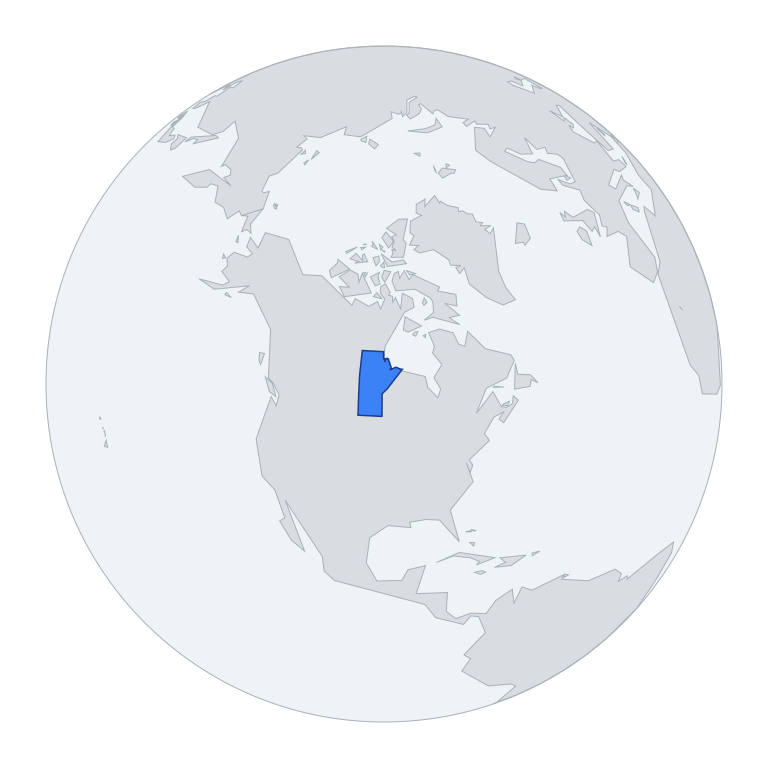 the Earth from above Manitoba
{"feature_id": "CAN-630", "entity_name": "Manitoba", "entity_type": "Province", "adm_level": 1, "iso_a3": "CAN", "parent_name": "Canada", "parent_adm1": "", "projection": "orthographic", "projection_center": [-94.63, 54.496], "detail": "fine", "context": "on_globe", "style": "filled", "palette": "blue", "viewbox_px": 768, "rotation_deg": 0, "n_neighbors": 0, "source": "natural_earth", "source_scale": "10m", "svg_char_len": 13334}
<svg xmlns="http://www.w3.org/2000/svg" viewBox="0 0 768 768"><circle cx="384" cy="384" r="338" fill="#eef3f6" stroke="#a8b0b8"/><path d="M493.4,703.7L496.3,702.7L515.7,686.0L510.9,684.0L488.4,685.9L461.7,671.1L470.6,658.7L464.0,654.8L485.4,632.6L478.7,616.7L470.8,615.9L463.6,624.4L435.9,617.8L424.9,604.5L334.5,580.5L324.1,571.0L322.4,556.7L285.1,500.1L304.6,551.2L291.4,540.1L279.6,520.9L284.8,517.9L274.8,489.8L262.1,476.1L256.1,439.1L271.2,396.5L276.2,405.7L279.2,394.9L273.1,383.0L268.4,377.9L270.6,329.5L253.6,294.1L238.6,292.1L249.4,285.8L214.4,289.2L199.0,278.8L222.4,285.1L229.4,281.7L221.9,271.5L227.4,265.9L227.0,257.9L234.3,252.3L247.4,257.1L252.4,253.8L246.7,246.9L250.5,237.4L258.0,248.0L265.4,232.7L288.7,239.4L302.8,274.7L321.7,275.7L352.0,305.4L355.2,298.6L368.7,306.4L377.5,301.6L380.6,309.1L384.8,299.0L380.3,293.1L380.7,286.9L385.4,283.7L390.2,292.5L388.5,295.3L392.4,296.3L392.8,302.1L395.3,297.5L400.6,308.8L402.4,293.2L412.5,298.6L414.1,307.4L404.7,312.1L385.1,346.3L383.8,357.8L391.5,368.6L425.3,376.5L427.7,387.3L437.8,397.7L440.7,388.9L433.9,377.7L441.9,364.5L432.6,353.0L434.4,346.2L428.6,332.7L439.5,329.0L453.2,332.9L458.6,344.1L464.8,346.3L467.7,331.3L485.5,348.8L510.8,354.8L514.3,360.3L506.7,378.0L486.3,388.2L476.3,413.5L492.9,391.6L501.4,406.8L507.1,407.2L512.5,403.5L513.2,395.8L518.3,400.1L503.7,422.7L499.0,419.1L503.6,411.8L494.0,417.0L484.3,433.5L489.4,440.4L469.3,459.8L472.7,465.2L470.2,472.8L466.2,462.7L473.1,481.6L450.3,510.1L459.3,541.7L439.5,520.1L425.7,519.5L409.6,522.3L410.9,527.6L388.0,525.6L369.7,537.7L366.3,562.9L376.9,581.0L402.0,580.4L407.9,569.8L425.4,565.6L416.3,593.6L447.4,592.6L446.3,611.4L455.8,618.7L470.5,613.2L486.1,613.5L495.9,600.4L512.3,589.2L514.0,603.2L522.0,587.0L531.9,590.2L563.6,574.8L561.6,579.3L588.5,580.7L615.2,569.2L621.4,573.6L618.4,581.4L627.1,575.9L627.2,579.1L659.3,552.8L673.5,542.1L671.6,552.6L656.8,578.4L636.6,608.4L608.1,636.8L604.4,640.1L584.3,656.2L563.0,670.6L540.7,683.4L517.4,694.5L493.4,703.7ZM104.3,446.3L106.1,440.2L107.7,447.4L104.3,446.3ZM105.5,434.3L105.2,436.8L105.1,434.2L105.5,434.3ZM104.3,430.9L105.2,433.3L103.9,431.1L104.3,430.9ZM102.3,427.0L103.5,428.9L103.2,428.9L102.3,427.0ZM459.3,552.5L494.8,557.7L476.3,564.9L479.5,561.4L470.1,557.7L453.3,556.0L436.6,562.4L459.3,552.5ZM100.2,419.4L99.8,417.3L101.1,418.5L100.2,419.4ZM471.4,531.7L465.4,532.0L471.0,530.4L471.4,531.7ZM265.3,376.7L272.4,383.5L275.9,396.6L269.3,391.5L265.3,376.7ZM259.6,352.3L264.5,353.6L260.6,364.5L259.0,360.4L259.6,352.3ZM226.5,292.4L231.2,297.5L224.8,294.6L226.5,292.4ZM225.6,257.8L222.5,258.3L223.6,254.0L225.6,257.8ZM423.1,335.8L425.8,334.4L425.5,337.6L423.1,335.8ZM418.0,331.5L415.6,336.3L412.8,335.0L414.4,332.1L418.0,331.5ZM235.8,241.7L238.5,235.1L238.0,242.6L235.8,241.7ZM421.5,325.9L408.2,332.2L403.4,329.9L405.1,316.8L421.5,325.9ZM241.5,231.7L247.9,216.1L241.5,215.6L263.1,208.8L250.5,224.0L251.0,233.2L246.7,229.5L241.5,231.7ZM376.8,292.7L381.9,298.7L373.3,296.7L376.8,292.7ZM371.2,293.0L344.4,296.7L339.3,286.6L349.3,287.2L339.2,276.8L349.9,270.0L357.9,274.1L359.1,281.9L362.3,273.4L371.2,293.0ZM274.0,207.9L277.5,205.0L276.3,209.0L274.0,207.9ZM380.1,284.2L375.2,285.7L370.4,276.9L379.5,272.4L378.1,276.7L380.1,284.2ZM331.3,277.7L329.4,270.6L337.5,263.1L337.9,259.4L349.7,269.0L331.3,277.7ZM381.6,277.1L384.2,270.4L390.8,271.8L384.7,282.2L381.6,277.1ZM365.3,276.7L363.5,272.4L367.5,273.2L365.3,276.7ZM415.5,273.6L409.6,275.1L406.6,270.7L415.5,273.6ZM384.7,267.9L382.5,267.5L380.6,266.0L383.7,262.1L384.7,267.9ZM354.7,263.1L358.5,261.6L350.2,258.8L356.0,253.3L362.9,260.8L362.3,255.3L364.1,253.7L367.7,261.7L354.7,263.1ZM381.2,253.7L392.0,262.0L403.5,259.8L406.4,263.7L387.4,266.5L381.2,253.7ZM373.0,257.7L378.8,256.0L379.5,261.4L376.1,265.9L373.0,257.7ZM357.4,247.0L346.8,253.4L345.7,251.6L357.4,247.0ZM384.4,252.0L381.8,250.1L385.1,251.2L384.4,252.0ZM365.5,247.2L361.9,249.7L360.7,247.5L365.5,247.2ZM379.4,244.4L382.9,247.0L380.7,250.0L379.4,244.4ZM373.0,244.8L372.2,241.3L377.8,249.5L371.5,246.2L373.0,244.8ZM365.0,244.8L363.1,244.4L366.7,244.1L365.0,244.8ZM386.0,231.8L393.6,241.4L388.6,247.9L381.9,237.6L386.0,231.8ZM554.0,92.0L561.8,96.6L561.4,96.4L588.3,114.8L613.2,135.7L614.9,138.1L611.0,135.0L610.8,134.9L610.5,134.8L618.1,141.1L617.9,142.6L619.0,141.2L636.9,159.9L653.3,179.9L668.1,201.1L681.3,223.4L692.7,246.6L702.3,270.6L710.1,295.3L715.9,320.5L717.2,327.8L720.4,385.1L716.9,394.2L702.4,393.9L698.7,375.2L690.3,365.4L658.1,274.4L660.0,261.3L644.5,211.5L644.1,206.5L655.3,215.8L651.2,189.5L638.8,175.6L625.7,152.8L611.1,136.5L589.3,122.7L613.2,149.0L608.1,150.5L581.4,126.4L559.1,105.3L556.4,105.3L562.7,116.8L549.7,110.8L564.0,121.0L564.1,117.7L573.0,124.3L573.5,127.8L568.9,125.3L573.4,132.0L594.3,143.0L596.6,140.8L613.3,161.0L618.7,159.6L626.1,166.6L619.5,171.7L614.1,169.3L608.6,184.9L615.8,189.0L621.5,174.9L623.3,180.0L633.1,186.5L627.0,185.6L618.9,200.8L628.6,222.9L654.8,257.2L657.5,271.7L653.6,282.6L630.2,266.8L626.6,236.4L618.3,231.3L607.1,236.5L607.0,227.1L602.0,225.8L599.5,215.0L584.2,200.3L579.9,190.1L562.7,185.2L558.1,179.5L569.6,183.9L575.3,181.8L563.2,158.5L557.5,154.3L547.3,153.2L545.2,147.3L536.9,149.4L524.4,137.6L532.6,153.9L520.8,154.1L507.1,148.0L504.7,151.3L527.0,161.4L534.5,162.9L538.7,159.4L560.5,167.4L567.1,175.3L549.8,178.8L557.3,190.9L540.6,189.2L490.7,161.5L475.6,150.2L474.5,127.3L484.5,128.4L489.9,137.0L495.3,127.3L489.9,128.8L488.2,124.3L476.5,124.1L474.7,120.9L466.5,126.5L463.0,122.6L468.3,119.2L448.0,116.5L437.7,109.7L434.0,110.8L432.9,113.8L420.6,103.7L418.4,104.9L421.5,108.6L419.2,113.7L410.2,118.9L406.5,115.1L409.2,112.7L409.2,102.4L417.0,97.1L414.6,96.2L406.9,99.9L406.8,112.4L402.5,116.7L401.1,110.5L401.3,113.1L398.0,114.1L391.1,111.7L392.1,118.5L360.6,136.8L344.2,134.7L346.5,126.7L320.5,137.6L304.1,135.7L307.1,138.9L296.7,147.2L301.6,147.8L302.3,150.1L277.7,173.2L269.1,176.2L261.8,191.1L263.4,192.9L269.4,191.4L263.1,208.8L241.5,215.6L239.2,210.9L227.3,218.8L223.6,207.4L215.1,202.1L218.0,186.0L211.0,183.7L207.1,187.2L194.7,187.2L182.5,176.3L209.4,169.6L231.0,185.9L223.7,177.5L230.4,175.1L230.9,169.6L225.3,164.5L221.5,166.5L238.5,138.3L235.1,121.2L223.0,131.5L212.4,134.7L197.9,127.3L209.6,101.7L195.7,108.2L192.9,108.5L200.6,102.1L205.0,101.4L215.4,95.5L216.7,96.4L230.6,86.9L233.0,87.9L242.6,80.5L235.8,82.6L222.6,90.2L229.9,84.2L212.8,92.8L210.0,94.3L231.1,82.7L252.9,72.5L275.4,64.0L298.4,57.1L321.9,51.8L345.7,48.3L369.7,46.4L393.7,46.2L417.7,47.8L441.6,51.0L465.1,56.0L488.3,62.6L510.9,70.8L532.8,80.6L554.0,92.0ZM679.3,306.3L682.5,310.0L679.3,306.3ZM542.0,88.3L524.4,78.4L521.1,80.1L514.0,76.6L515.5,78.7L521.0,80.3L522.9,85.7L511.2,81.0L507.6,81.8L513.3,85.3L534.4,93.3L531.8,85.2L540.7,88.7L542.0,88.3ZM564.6,574.1L568.6,574.9L563.6,577.6L564.6,574.1ZM474.6,572.2L481.7,570.7L485.7,572.1L480.4,574.4L474.6,572.2ZM532.1,553.0L539.8,551.1L532.2,555.8L532.1,553.0ZM500.1,557.9L526.0,555.1L511.0,565.6L494.6,567.3L505.5,562.3L500.1,557.9ZM469.8,542.6L474.5,542.7L473.7,546.1L469.8,542.6ZM475.5,530.6L473.9,531.3L471.2,529.3L475.5,530.6ZM502.2,405.4L503.6,403.8L509.5,401.4L507.6,405.5L502.2,405.4ZM530.4,374.8L537.9,382.6L531.2,379.6L530.1,386.4L514.6,389.1L515.3,363.3L517.8,374.3L530.4,374.8ZM494.2,386.3L503.9,387.0L493.3,387.3L494.2,386.3ZM576.9,231.1L579.9,227.0L586.6,231.0L592.0,245.6L582.4,239.8L576.9,231.1ZM582.6,220.5L563.9,220.9L559.8,212.4L565.3,217.0L564.4,211.3L573.0,217.3L587.4,209.5L594.1,212.6L600.4,236.8L594.7,226.9L592.1,231.3L582.6,220.5ZM523.5,242.1L515.4,243.5L517.0,222.9L524.4,224.0L530.3,238.1L525.0,245.3L523.5,242.1ZM427.1,302.3L423.9,305.2L422.5,302.7L424.2,298.1L427.1,302.3ZM413.0,274.7L439.7,287.1L437.4,291.0L455.9,294.4L456.9,306.1L444.9,303.4L459.6,315.3L449.2,317.5L459.8,324.6L432.9,317.3L424.2,320.3L433.6,312.4L432.8,301.5L429.9,297.7L415.0,289.3L395.7,290.8L392.0,280.8L394.4,273.3L398.4,271.4L399.6,278.4L404.2,270.8L409.0,279.5L413.0,274.7ZM425.1,199.1L424.8,206.7L434.7,195.5L439.6,203.1L440.4,201.3L447.6,205.5L457.9,207.6L458.7,211.7L462.3,210.8L467.2,213.8L472.5,214.0L475.8,221.7L482.5,222.7L480.3,225.8L490.9,225.6L484.5,229.2L490.2,233.8L493.4,227.9L498.7,271.3L505.9,287.7L515.4,299.7L503.1,305.0L486.4,297.6L469.4,284.0L464.2,267.9L459.6,273.5L455.8,267.6L461.0,265.6L450.6,265.2L448.9,259.9L433.7,249.6L419.8,253.0L414.0,249.6L418.5,245.6L409.5,245.1L414.1,235.4L410.0,232.9L410.4,221.1L421.6,215.4L416.2,213.1L416.2,204.4L425.1,199.1ZM386.5,228.4L398.8,219.2L407.5,219.0L403.1,239.7L406.1,243.3L403.6,257.2L391.1,257.3L393.0,253.3L391.9,249.4L396.2,250.9L391.9,246.9L394.3,241.3L391.7,236.7L396.4,234.9L386.5,228.4ZM637.9,198.8L636.6,194.8L633.2,188.1L639.3,192.4L637.9,198.8ZM632.9,209.4L630.8,205.2L637.8,207.4L639.2,211.9L632.9,209.4ZM623.7,201.4L630.2,204.8L627.5,205.6L623.7,201.4ZM567.1,180.3L564.2,176.2L566.2,175.8L570.6,178.0L567.1,180.3ZM455.6,169.7L454.1,173.5L451.7,172.9L442.6,178.1L438.3,173.2L442.1,168.1L455.6,169.7ZM596.7,128.3L604.4,134.4L605.1,136.1L602.3,133.6L596.7,128.3ZM625.5,163.5L621.8,156.1L627.2,164.7L625.5,163.5ZM449.4,165.2L446.1,167.8L446.0,163.8L449.4,165.2ZM434.6,169.9L433.5,165.5L436.7,173.2L434.6,169.9ZM407.8,130.9L425.3,128.7L435.1,124.8L436.1,118.4L442.2,126.9L427.2,132.9L407.8,130.9ZM366.8,136.3L366.0,142.4L361.4,141.0L360.9,139.3L366.8,136.3ZM369.9,139.1L378.3,144.6L374.6,148.9L368.7,143.7L369.9,139.1ZM414.4,153.4L419.9,153.0L419.9,156.2L414.4,153.4ZM173.9,122.0L177.4,120.3L172.1,125.3L171.1,125.0L173.9,122.0ZM158.0,141.6L171.8,126.1L183.5,114.8L178.3,118.5L178.1,117.1L187.7,111.0L181.8,118.1L172.4,127.0L174.1,128.4L169.1,135.7L175.0,135.1L173.8,138.8L165.5,142.4L158.0,141.6ZM178.0,134.5L186.5,137.9L175.0,148.3L170.5,149.9L171.5,143.8L177.5,138.6L178.0,134.5ZM185.1,141.9L191.0,137.1L216.0,135.5L218.4,137.9L193.3,143.7L197.6,139.6L193.5,138.5L185.1,141.9ZM274.7,203.5L277.2,204.9L273.4,205.9L274.7,203.5ZM305.3,150.2L305.5,153.5L301.0,154.3L305.3,150.2ZM303.7,163.1L308.6,159.9L304.9,164.8L303.7,163.1ZM319.2,152.6L311.2,159.4L316.6,150.7L319.2,152.6Z" fill="#d9dde1" stroke="#a8b0b8" stroke-width="1"/><path d="M381.9,416.4L358.0,415.2L358.0,414.1L358.1,412.8L358.2,409.1L358.2,407.8L358.3,406.5L358.3,405.3L358.4,401.5L358.5,400.2L358.5,399.0L358.6,396.4L358.7,395.2L358.7,393.9L358.8,391.4L358.9,390.1L359.0,387.6L359.1,386.3L359.2,383.8L359.3,382.5L359.4,380.0L359.4,378.7L359.6,376.2L359.6,374.9L359.9,372.8L360.1,370.7L360.3,368.5L360.6,366.4L362.0,353.1L362.2,351.8L362.2,351.1L362.3,350.5L382.2,351.6L383.5,351.6L383.4,351.8L383.5,351.9L383.5,352.0L383.5,352.3L383.6,352.5L383.6,352.8L383.5,353.0L383.5,353.5L383.4,353.6L383.5,353.8L383.5,354.0L383.5,354.3L383.6,354.5L383.7,354.8L383.7,355.1L383.7,355.3L383.7,355.5L383.8,355.4L383.8,355.5L383.7,355.5L383.6,355.8L383.6,356.0L383.5,356.3L383.6,356.5L383.5,356.9L383.4,357.0L383.2,357.0L382.9,357.2L383.0,357.1L383.4,357.1L383.5,357.1L383.5,357.3L383.8,357.6L383.8,357.8L383.8,358.0L383.7,358.1L383.7,358.3L383.8,358.2L384.1,358.2L384.3,358.3L384.4,358.5L384.5,358.7L384.5,359.0L384.8,359.1L385.0,359.0L385.0,358.9L385.1,358.7L385.3,358.6L385.2,358.7L385.2,358.8L385.2,359.0L385.3,359.2L385.3,359.3L385.2,359.5L385.0,359.8L385.0,360.0L385.1,360.3L385.0,360.5L385.1,360.8L384.9,361.0L384.9,361.3L384.9,361.5L384.8,361.9L384.8,362.0L384.9,361.8L385.0,361.6L385.1,361.3L385.1,361.2L385.2,360.9L385.2,360.7L385.2,360.3L385.2,360.2L385.2,359.9L385.2,359.7L385.4,359.5L385.4,359.3L385.4,359.2L385.5,359.0L385.5,358.9L385.4,358.8L385.5,358.8L385.8,358.8L386.3,358.9L386.5,358.7L386.5,358.8L386.7,358.7L386.8,358.7L387.2,358.8L387.3,358.8L387.5,358.8L387.5,359.0L387.8,359.2L387.9,358.9L388.0,358.8L388.3,358.8L388.5,358.9L388.5,359.0L388.6,359.3L388.6,359.5L388.6,359.8L388.6,360.0L388.6,360.3L388.7,360.5L388.9,360.8L388.9,361.0L389.0,361.2L389.1,361.4L389.1,361.5L389.2,361.8L389.3,361.9L389.3,362.0L389.5,362.2L389.5,362.3L389.5,362.5L389.6,362.8L389.7,363.0L389.7,363.3L389.8,363.8L389.9,364.1L389.9,364.3L390.0,364.3L390.0,364.5L390.2,364.9L390.4,365.2L390.4,365.3L390.5,365.7L390.5,365.9L390.6,366.0L390.8,366.2L390.8,366.3L390.9,366.5L391.0,366.8L391.0,367.0L391.0,367.4L391.0,367.6L390.9,367.8L390.7,368.5L390.5,368.9L390.3,369.1L390.2,369.3L390.1,369.5L389.8,369.6L389.6,369.7L390.1,369.6L390.3,369.5L390.7,369.0L390.9,368.9L391.5,368.7L391.7,368.8L391.4,369.2L391.3,369.3L391.1,369.3L390.9,369.5L391.1,369.4L391.4,369.4L391.7,369.0L392.1,368.8L392.6,368.7L393.2,368.4L394.1,368.0L394.9,367.6L395.5,367.4L396.0,367.4L396.6,367.5L396.8,367.5L397.1,367.7L397.4,367.7L397.5,367.7L397.6,367.8L397.8,368.0L398.0,368.1L398.3,368.2L398.3,368.3L398.6,368.4L398.9,368.7L399.0,368.7L399.3,368.7L399.4,368.9L400.2,369.0L400.4,369.1L400.5,369.1L400.8,369.0L401.1,369.2L401.3,369.2L401.5,369.3L401.8,369.3L402.0,369.5L402.1,369.4L402.3,369.4L401.5,370.4L400.7,371.4L400.0,372.4L399.2,373.4L398.2,374.7L397.1,376.1L396.0,377.5L394.9,378.9L393.9,380.2L392.9,381.4L392.0,382.7L391.0,384.0L390.4,384.7L389.8,385.4L389.3,386.2L388.7,386.9L388.3,387.4L387.9,387.9L387.5,388.4L387.1,388.9L386.3,389.7L385.5,390.5L384.6,391.3L383.8,392.2L383.6,392.4L383.4,392.5L383.1,392.9L382.9,393.1L382.7,393.3L382.5,393.5L382.3,393.7L382.1,393.9L382.1,394.2L382.1,396.5L382.1,398.8L382.1,403.5L382.0,408.8L382.0,410.5L382.0,411.2L382.0,411.8L382.0,412.3L382.0,412.7L382.0,413.2L382.0,413.9L382.0,414.2L382.0,414.5L382.0,415.0L382.0,415.7L382.0,416.3L381.9,416.4L381.9,416.4Z" fill="#3b82f6" stroke="#1e3a8a" stroke-width="1.5"/></svg>